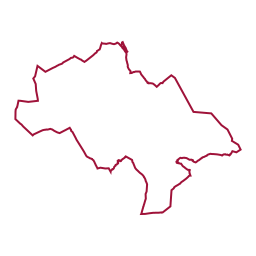 the district of Nome nor, Telemark, Norway
{"feature_id": "86288312B14139397514158", "entity_name": "Nome nor", "entity_type": "district", "adm_level": 2, "iso_a3": "NOR", "parent_name": "Norway", "parent_adm1": "Telemark", "projection": "mercator", "projection_center": [9.16, 59.264], "detail": "fine", "context": "isolated", "style": "outline", "palette": "rose", "viewbox_px": 256, "rotation_deg": 0, "n_neighbors": 0, "source": "geoboundaries", "source_scale": "gbopen_adm2", "svg_char_len": 5566}
<svg xmlns="http://www.w3.org/2000/svg" viewBox="0 0 256 256"><path d="M37.5,65.9L35.1,76.3L33.3,78.5L35.7,84.0L36.2,90.9L37.7,98.7L37.9,100.8L28.3,101.9L20.4,100.8L18.5,100.7L17.4,106.0L17.2,106.5L17.2,106.9L17.0,107.1L16.9,107.5L16.7,107.8L16.5,108.1L16.3,108.4L16.1,108.8L15.7,109.5L15.5,111.9L15.5,112.9L15.4,119.1L20.4,123.8L21.4,124.4L23.2,126.5L32.7,135.4L33.7,134.4L39.8,131.5L42.7,130.2L44.5,129.8L45.9,129.7L46.2,129.5L47.3,129.6L48.9,129.3L49.7,129.0L50.5,128.9L51.2,129.2L52.3,129.5L54.2,130.8L57.3,132.4L59.6,133.1L64.8,130.4L65.5,130.1L66.5,129.5L67.7,128.9L69.7,127.8L70.7,129.4L71.0,129.7L71.1,130.8L72.5,132.0L73.1,133.1L75.8,138.2L76.5,139.7L82.9,149.9L84.1,151.9L86.0,155.4L86.7,156.4L87.6,157.0L88.7,157.5L90.0,158.3L90.9,158.5L91.8,159.0L92.1,159.0L92.3,159.4L93.0,160.0L93.4,160.2L94.5,162.2L94.8,163.0L95.1,163.5L95.7,165.0L95.9,165.2L96.7,166.9L97.2,167.6L97.5,168.5L100.4,167.7L105.4,168.5L108.7,168.3L110.6,171.7L110.7,170.8L110.9,170.8L111.0,170.5L112.1,169.7L112.2,169.4L112.4,169.1L113.0,169.2L113.6,168.6L113.9,168.1L114.1,167.5L114.2,166.9L115.2,165.9L115.4,165.8L115.4,165.7L115.4,165.3L115.5,165.1L115.8,164.8L116.1,164.8L116.9,164.4L117.4,163.7L117.7,163.5L118.1,163.4L118.2,162.8L117.9,162.5L118.0,162.2L117.7,162.1L117.7,161.9L117.8,161.6L117.9,161.3L118.2,160.9L118.0,160.7L118.3,160.5L118.4,160.2L118.5,160.1L118.8,160.1L119.1,160.3L119.3,160.7L119.3,160.8L119.6,160.7L119.8,160.5L120.0,160.6L120.1,160.9L120.3,161.1L120.6,161.2L120.9,161.1L121.3,160.2L121.8,159.9L122.0,159.6L122.7,159.0L123.3,158.7L124.7,157.6L125.2,157.3L125.3,157.1L125.2,156.9L125.7,156.4L132.0,159.9L132.2,160.4L132.4,161.9L132.7,162.4L133.2,162.9L133.7,164.3L134.2,165.5L134.9,167.3L135.4,168.3L136.4,169.5L137.8,170.8L138.2,171.1L138.4,171.4L140.0,172.9L141.5,174.0L142.2,174.6L142.7,175.1L143.9,176.6L143.9,176.9L144.0,177.2L144.4,177.5L144.7,178.2L144.9,178.5L145.1,178.9L145.4,179.5L145.5,180.2L145.8,181.0L145.8,181.3L146.1,181.8L146.3,182.1L147.1,184.3L146.6,191.5L145.6,194.0L145.8,198.7L145.1,200.8L144.2,204.0L143.9,204.7L143.7,205.6L143.6,206.1L143.3,206.6L143.2,206.9L143.1,207.7L142.8,208.5L142.7,208.9L141.9,211.7L141.7,212.5L141.5,213.3L141.2,214.0L145.2,213.9L149.2,213.3L153.2,212.8L158.8,212.7L161.7,212.4L161.9,212.6L162.1,212.5L162.7,212.4L170.4,206.4L171.5,190.2L172.3,189.5L173.6,188.5L173.9,188.1L174.1,187.4L175.5,186.3L178.3,184.7L179.6,183.8L180.2,183.6L180.6,182.9L181.5,182.0L182.9,181.1L186.1,178.7L187.8,177.2L189.0,175.9L189.4,175.7L190.4,175.6L190.3,175.4L190.1,174.9L190.1,174.4L189.9,174.1L189.8,173.7L189.6,173.5L189.6,172.9L189.3,171.3L189.4,171.1L189.6,170.8L189.6,170.5L189.6,170.4L189.8,170.0L189.7,169.9L187.7,169.8L185.2,168.0L184.6,167.4L183.0,166.3L182.6,165.9L181.1,163.7L180.4,163.7L179.2,163.3L178.8,163.3L178.3,163.2L178.4,162.9L178.1,162.8L178.0,162.7L177.8,162.7L177.4,162.8L177.1,162.7L176.8,162.8L176.7,162.7L176.7,162.4L176.4,161.8L176.5,161.6L176.7,161.3L176.9,161.3L177.1,161.1L177.5,160.8L177.8,160.7L177.5,160.0L180.2,157.9L180.6,157.8L181.6,158.1L182.1,158.1L182.5,157.9L184.3,157.7L184.7,157.9L185.4,157.9L186.6,158.1L189.4,159.7L190.0,159.8L191.1,159.6L192.8,160.1L192.9,160.3L192.6,160.8L193.2,161.3L193.9,161.8L194.4,162.0L195.7,162.4L196.7,161.7L198.0,160.6L198.4,160.4L198.9,160.2L199.4,159.8L199.7,159.5L199.8,159.5L200.1,159.3L200.4,159.0L201.1,158.4L201.4,158.4L201.8,158.1L202.0,157.7L202.6,157.5L202.9,157.2L204.1,156.9L204.7,156.6L205.4,156.2L206.8,155.7L207.4,154.9L208.3,154.5L210.4,153.8L211.6,154.0L214.0,154.1L217.3,154.4L220.9,155.0L221.3,155.2L221.7,155.4L222.2,155.5L222.5,155.3L222.7,154.9L223.5,154.5L223.7,154.4L224.5,154.4L225.1,154.2L226.0,154.7L226.8,154.7L227.1,154.6L227.5,154.6L228.1,155.0L228.4,155.0L229.3,155.4L229.5,155.1L229.8,155.1L230.0,154.8L229.8,154.7L230.2,154.5L230.4,154.4L230.5,153.9L231.0,153.7L232.4,151.2L236.4,152.3L240.6,149.6L238.2,144.7L231.9,140.9L232.2,138.7L227.5,129.5L221.5,125.2L211.3,113.4L193.5,111.9L174.9,77.9L171.3,75.3L163.5,81.6L163.1,82.3L162.7,82.5L162.5,83.1L162.0,83.1L160.9,83.0L160.5,83.3L160.1,83.5L158.6,85.1L157.6,86.0L156.7,86.8L154.9,85.1L154.6,84.9L153.4,83.9L152.6,83.5L150.6,83.2L148.4,83.3L148.3,83.2L148.2,83.0L148.2,82.7L147.6,82.8L147.5,82.5L147.3,82.4L147.2,82.1L146.8,81.5L145.9,80.6L145.7,80.2L145.3,79.7L145.1,79.3L145.0,79.0L144.1,78.1L143.2,76.8L142.8,76.4L142.2,75.6L141.2,74.4L140.4,72.6L139.9,71.6L139.0,71.5L135.7,71.5L134.0,72.1L133.5,72.0L131.7,73.0L130.3,73.1L130.6,71.3L129.6,70.0L129.1,69.6L127.9,67.3L127.7,66.3L127.8,66.1L127.8,65.2L127.6,64.3L127.2,63.0L126.9,61.5L126.6,60.8L126.4,59.8L126.3,58.9L126.1,57.3L126.5,54.5L126.4,53.4L126.3,53.1L125.9,52.3L125.2,51.6L123.9,49.4L123.6,49.1L122.4,47.9L121.9,46.9L122.8,46.6L123.1,47.4L123.7,48.2L124.7,49.2L125.2,49.8L125.7,50.2L126.2,51.3L126.6,51.7L126.6,51.8L127.0,51.9L127.3,51.8L127.4,51.6L126.8,51.0L125.6,47.8L124.6,46.3L123.8,44.8L122.7,42.1L122.2,42.4L122.0,42.5L122.0,43.0L121.8,44.1L121.3,45.8L121.3,46.0L121.3,46.3L120.2,45.2L119.4,44.1L118.3,43.2L117.2,42.6L116.0,43.5L114.9,43.9L114.3,44.1L113.6,44.1L112.3,43.8L110.0,43.1L107.7,43.5L107.1,43.7L106.4,43.9L105.8,43.9L105.3,43.7L103.7,43.6L103.1,43.5L102.0,43.3L101.8,43.1L101.1,44.9L101.0,45.0L100.4,47.3L99.9,48.8L99.6,49.5L98.7,49.9L97.4,50.9L97.0,51.0L96.7,52.2L96.3,52.7L95.8,52.9L95.4,53.1L93.1,55.3L86.1,60.8L85.1,61.4L84.5,61.9L82.4,60.7L80.9,59.5L80.3,59.4L77.4,57.8L74.2,55.9L73.4,57.1L72.7,57.6L70.9,57.9L69.6,59.0L63.1,62.5L62.3,63.5L61.2,64.0L59.1,64.7L58.6,65.0L57.9,65.4L57.0,65.8L55.4,66.8L52.9,67.9L45.4,71.8L37.5,65.9Z" fill="none" stroke="#9f1239" stroke-width="2"/></svg>